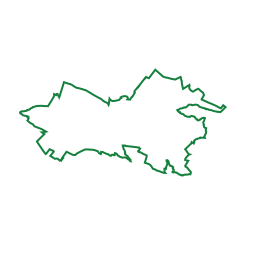 Baluseni, Botosani, Romania, rotated 344°
{"feature_id": "2599482B50605777408267", "entity_name": "Baluseni", "entity_type": "district", "adm_level": 2, "iso_a3": "ROU", "parent_name": "Romania", "parent_adm1": "Botosani", "projection": "robinson", "projection_center": [26.818, 47.67], "detail": "fine", "context": "isolated", "style": "outline", "palette": "green", "viewbox_px": 256, "rotation_deg": 344, "n_neighbors": 0, "source": "geoboundaries", "source_scale": "gbopen_adm2", "svg_char_len": 5892}
<svg xmlns="http://www.w3.org/2000/svg" viewBox="0 0 256 256"><g transform="rotate(344 128 128)"><path d="M186.9,161.0L187.2,160.6L187.7,160.3L187.9,159.6L187.7,159.2L187.9,158.7L188.7,158.1L189.2,158.0L189.9,157.6L191.5,157.6L191.7,157.4L192.2,157.5L193.6,157.5L194.7,157.1L194.9,157.5L196.0,157.6L197.1,157.9L199.2,158.7L199.2,158.0L198.8,157.4L199.7,156.5L200.7,155.2L201.5,154.6L202.2,153.0L202.0,152.4L202.1,151.6L203.1,149.7L202.1,149.1L201.4,147.9L201.6,147.2L201.4,146.7L201.5,146.1L202.0,145.6L201.7,144.4L202.0,143.2L202.3,142.7L202.9,142.3L204.3,140.2L204.6,140.0L204.6,139.5L203.4,139.0L201.7,139.0L199.6,139.6L199.7,139.8L199.2,140.0L198.1,140.1L197.0,139.8L196.8,139.6L196.8,138.8L196.6,138.4L195.6,137.5L195.2,135.7L194.8,135.2L194.1,135.0L192.7,134.0L192.1,133.8L191.0,134.3L190.4,134.4L189.8,134.1L188.5,133.7L186.5,132.3L185.7,131.5L185.3,130.5L184.3,129.4L184.0,129.2L183.6,129.2L182.1,127.9L182.1,127.7L182.4,127.6L182.4,127.2L181.9,127.1L181.2,126.5L180.7,125.7L181.1,125.1L180.3,124.5L180.3,124.3L180.7,124.2L181.6,124.6L183.0,123.9L184.1,123.8L185.5,124.0L187.4,123.7L187.7,123.9L188.2,123.8L189.1,124.2L189.4,124.1L190.5,123.7L192.0,122.8L193.1,122.4L195.3,123.1L195.5,123.5L196.3,123.9L197.0,123.8L197.8,124.0L199.3,124.1L201.1,125.0L201.6,125.5L202.2,126.8L202.6,127.0L203.0,127.7L204.9,128.8L205.7,129.5L207.5,130.3L207.8,130.7L207.7,130.9L208.2,131.2L208.4,131.6L208.6,131.7L209.1,131.5L209.5,131.7L210.3,132.2L210.5,132.6L212.8,133.7L215.5,135.6L217.4,136.4L218.2,137.1L219.0,137.3L219.5,137.3L220.3,137.9L221.3,138.2L224.4,136.6L227.5,134.8L225.8,132.4L222.9,134.5L222.6,134.6L222.2,134.4L219.1,131.3L214.5,127.4L211.7,125.3L210.5,124.1L206.6,120.9L206.7,120.6L210.2,117.3L209.9,116.3L209.9,114.8L207.9,112.1L207.0,110.5L206.3,109.6L203.3,110.1L200.7,111.0L200.1,110.7L198.9,109.4L197.9,107.2L198.0,105.9L198.8,104.3L198.9,103.5L191.7,105.6L192.0,100.3L192.6,97.7L192.6,97.0L192.4,96.5L192.7,94.2L192.6,93.4L186.6,94.4L182.8,92.4L179.8,90.6L177.4,89.4L176.0,88.4L170.3,79.5L161.8,85.9L161.1,85.5L159.5,83.9L157.9,85.1L157.8,84.9L157.3,85.3L150.3,90.4L150.4,90.6L149.0,91.6L148.9,91.3L148.6,91.5L144.3,94.5L144.0,95.1L144.0,95.8L144.2,96.0L140.5,99.4L140.1,99.5L140.1,99.3L139.9,99.4L137.8,101.3L135.3,100.3L135.9,99.8L136.1,99.4L136.1,98.6L135.9,98.0L135.3,97.2L133.4,96.4L131.7,96.2L129.5,96.5L129.6,97.4L128.8,97.5L127.1,98.6L126.5,98.6L123.0,98.3L120.5,97.8L120.0,97.3L119.4,97.0L119.0,96.2L118.7,96.0L118.3,94.8L116.0,100.0L115.7,100.4L115.5,99.2L114.8,98.0L112.6,96.2L111.3,94.6L110.8,93.6L109.8,92.3L108.5,91.2L104.5,87.2L98.1,80.3L92.8,76.8L89.7,75.2L88.6,74.2L85.7,70.8L84.2,69.7L81.9,68.3L79.1,66.3L70.7,79.1L70.3,79.0L70.2,79.2L69.6,75.8L68.7,75.7L68.0,76.5L66.3,75.1L66.0,76.2L66.3,76.4L65.9,76.8L61.8,80.8L57.1,85.0L54.6,84.1L53.3,83.8L51.3,82.9L48.3,82.2L47.1,81.8L45.2,81.7L43.2,81.8L42.5,81.6L41.4,82.2L40.0,82.3L39.2,82.6L38.2,83.2L36.6,83.0L35.8,83.0L35.5,83.5L31.7,83.1L31.1,82.8L30.1,82.7L29.1,82.8L28.5,83.5L28.5,83.8L28.9,84.1L28.8,84.4L29.2,84.6L29.3,85.0L29.6,85.2L30.4,86.7L32.3,87.9L33.4,88.3L34.9,89.3L35.4,89.7L35.3,89.9L34.6,90.3L34.9,90.6L34.8,91.0L35.1,91.3L34.6,91.7L34.5,92.2L33.9,92.8L33.4,93.0L33.8,93.9L34.9,95.5L36.0,96.8L37.6,98.2L38.4,100.4L39.7,101.5L44.7,105.3L48.3,109.0L47.6,109.0L46.4,108.5L45.6,108.5L44.8,108.7L44.1,108.5L44.9,109.7L45.9,110.8L36.8,115.8L36.7,116.0L40.4,127.2L41.1,128.9L41.8,130.4L42.0,130.4L46.8,126.8L49.3,129.0L50.0,129.4L50.1,130.1L49.8,130.3L49.8,130.5L45.6,133.4L49.3,137.5L51.2,137.7L52.2,138.5L53.3,140.4L53.8,140.1L54.6,141.0L56.8,139.4L56.4,139.3L56.1,138.9L62.4,133.9L67.3,138.4L68.0,138.8L69.6,139.4L70.2,139.3L71.3,138.6L75.7,137.6L80.8,136.8L82.1,137.1L87.6,139.0L89.7,140.0L92.3,141.8L92.6,142.2L93.2,144.1L94.7,145.6L95.1,145.1L95.6,143.6L96.2,144.0L96.9,144.0L99.6,146.4L102.2,148.2L102.5,149.1L103.7,150.0L104.0,150.0L104.7,149.4L105.3,149.3L106.5,149.9L106.8,149.9L106.9,150.3L107.3,150.4L107.5,150.2L107.8,150.2L107.9,149.4L108.2,149.2L108.5,148.6L109.7,149.3L110.1,149.8L110.5,151.6L111.2,152.0L112.1,153.3L114.7,155.1L116.3,155.2L117.3,155.6L118.5,156.6L118.6,156.8L118.7,157.1L119.1,157.5L119.8,158.5L120.5,159.0L121.1,160.1L121.0,160.5L121.4,160.7L121.3,159.7L121.6,159.0L120.9,158.1L119.8,154.9L119.3,154.2L118.7,153.6L118.0,152.3L118.1,152.0L118.4,151.7L118.3,150.8L118.5,150.7L118.6,150.0L118.5,148.6L118.0,146.8L118.1,143.4L119.5,143.8L119.4,143.9L122.6,145.4L128.1,147.6L128.7,147.9L133.3,149.9L133.4,150.3L133.2,150.4L133.3,150.7L133.8,151.2L133.4,151.4L132.9,152.1L132.1,152.7L131.4,152.9L131.3,153.1L131.4,153.5L131.9,153.6L132.1,153.8L132.2,154.4L133.3,154.8L135.9,157.5L137.5,158.6L137.8,158.9L138.1,159.6L138.3,159.7L138.4,160.1L134.6,166.0L138.1,168.4L139.3,169.8L139.9,171.3L140.7,173.9L140.9,174.3L142.4,175.1L143.9,176.8L145.8,177.9L149.7,180.8L151.4,181.4L150.9,180.4L150.9,180.2L151.4,179.3L151.6,178.3L151.6,177.4L151.9,177.1L153.0,177.6L153.3,177.7L153.6,177.0L153.4,176.8L153.5,176.6L153.8,176.4L154.2,175.6L156.1,173.2L156.3,172.4L156.3,172.0L156.0,171.3L156.1,169.7L156.8,169.7L157.3,170.2L157.6,170.9L157.8,171.2L157.7,172.2L157.4,173.1L157.7,173.7L157.8,175.7L159.3,176.4L160.0,177.2L160.5,177.9L160.1,178.2L159.9,178.7L160.3,179.1L160.1,179.4L160.0,180.3L160.5,181.0L160.0,181.5L159.6,182.3L158.9,182.3L158.6,182.5L159.0,183.1L159.4,183.3L160.5,183.3L161.5,183.7L161.8,184.1L162.6,184.5L162.9,185.0L163.8,185.8L164.2,186.7L165.6,187.4L165.8,187.9L166.9,188.2L167.3,188.5L167.2,188.6L167.6,188.8L167.9,188.7L168.0,188.5L169.9,188.5L170.8,188.9L171.6,188.9L173.0,189.3L174.1,189.2L175.2,189.7L176.3,187.8L175.7,186.6L175.7,186.3L175.3,185.7L173.8,182.1L172.7,181.1L172.8,180.4L172.6,180.1L176.9,176.1L176.2,175.7L175.9,175.8L174.1,174.4L174.8,173.2L175.9,172.3L177.8,171.1L179.2,170.5L179.9,170.4L179.4,170.1L178.4,168.0L177.9,166.0L177.1,164.2L183.7,160.7L184.4,160.5L185.3,159.1L186.9,161.0Z" fill="none" stroke="#15803d" stroke-width="2"/></g></svg>